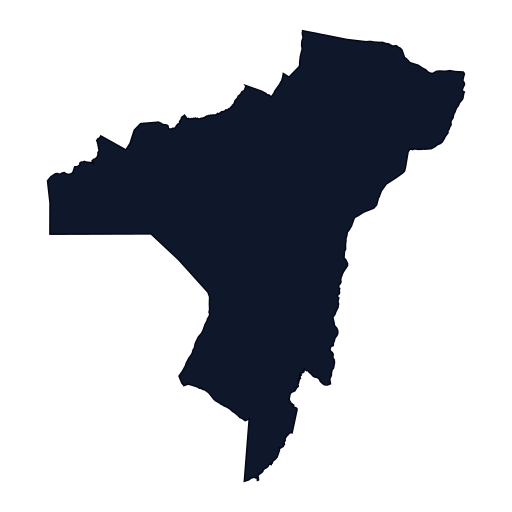 outline of Cochinoca, Jujuy, Argentina
{"feature_id": "61730980B75559747618877", "entity_name": "Cochinoca", "entity_type": "district", "adm_level": 2, "iso_a3": "ARG", "parent_name": "Argentina", "parent_adm1": "Jujuy", "projection": "albers", "projection_center": [-66.066, -23.06], "detail": "fine", "context": "isolated", "style": "filled", "palette": "ink", "viewbox_px": 512, "rotation_deg": 0, "n_neighbors": 0, "source": "geoboundaries", "source_scale": "gbopen_adm2", "svg_char_len": 5992}
<svg xmlns="http://www.w3.org/2000/svg" viewBox="0 0 512 512"><path d="M330.5,383.8L329.8,379.2L330.4,377.3L331.3,375.8L331.5,372.7L332.1,369.9L333.5,368.1L334.5,362.8L334.3,359.9L332.8,357.7L333.2,354.4L332.3,352.5L330.8,351.5L330.0,349.6L330.2,348.2L331.3,346.1L333.0,345.8L333.3,345.3L333.3,343.4L334.5,340.3L334.9,338.2L337.0,335.4L337.8,333.4L337.8,330.9L336.9,328.4L334.8,325.9L334.3,324.9L334.3,323.7L332.8,317.2L334.9,314.5L335.9,311.6L338.2,307.1L338.0,306.2L338.6,304.0L337.9,301.1L338.8,298.3L338.7,297.7L337.5,296.8L337.3,295.6L339.2,293.8L339.5,293.1L339.6,292.2L339.2,290.9L339.7,288.6L339.0,288.1L338.7,285.2L340.2,283.8L341.0,282.1L340.7,278.7L342.5,273.7L343.5,271.7L347.5,265.7L347.6,263.6L347.1,262.6L345.8,259.8L344.0,257.8L344.5,251.3L345.6,249.2L345.5,244.6L346.0,240.4L345.9,238.7L346.8,235.7L347.4,232.0L349.1,230.0L351.4,226.1L354.3,218.0L355.5,217.0L358.1,215.7L363.5,212.2L373.8,208.1L376.6,204.9L378.1,199.3L378.1,198.1L379.0,197.2L381.3,191.0L386.2,184.1L396.5,177.4L402.9,172.8L404.6,171.0L405.6,166.7L408.0,152.2L409.6,149.4L410.4,149.1L412.6,149.6L414.9,148.9L417.8,149.4L422.0,149.3L423.1,149.0L424.7,149.2L431.2,148.7L434.8,146.8L437.4,144.7L440.4,143.5L442.1,142.1L444.3,138.6L445.2,136.6L448.1,132.7L447.8,131.4L448.1,130.4L449.0,129.5L449.6,127.4L451.1,124.9L450.9,121.1L453.0,117.9L453.8,113.9L454.7,112.6L456.5,107.9L457.7,106.6L458.8,104.7L459.2,103.2L462.4,99.4L463.0,97.9L463.7,93.6L464.4,92.0L462.9,91.4L462.4,90.5L462.4,89.4L463.3,86.9L464.4,84.9L464.5,83.9L464.2,82.8L462.8,80.5L463.6,76.6L464.4,74.3L464.0,73.0L463.2,72.0L454.7,71.5L449.9,70.6L445.1,71.3L439.6,71.0L436.5,71.3L432.8,73.4L430.4,73.2L428.4,72.3L425.6,69.7L421.8,67.7L418.4,65.3L409.9,62.6L406.7,59.0L404.5,57.4L401.9,49.8L399.9,47.9L398.1,47.2L396.7,45.8L395.3,45.6L394.4,46.1L393.4,45.9L392.5,46.4L392.0,45.7L391.4,45.7L391.1,45.3L390.6,45.9L389.6,44.3L389.1,44.5L388.4,43.8L388.0,44.1L387.7,43.7L386.9,43.8L382.0,42.2L381.4,42.5L373.6,42.0L370.5,41.4L365.9,41.7L347.0,39.5L302.6,30.7L302.3,33.7L303.1,37.5L301.9,41.1L301.6,45.3L302.2,48.9L300.3,56.5L299.6,63.3L299.8,64.1L299.2,66.6L289.0,77.1L283.3,73.5L282.7,77.2L281.6,80.9L280.6,82.3L279.8,84.1L274.9,90.9L273.9,93.3L271.4,96.7L269.5,95.7L269.1,95.0L266.8,94.7L265.9,93.4L261.6,91.2L245.3,85.4L245.7,86.0L245.7,86.8L244.4,90.3L243.8,90.9L241.9,91.7L240.7,94.1L238.1,96.3L237.4,98.4L236.8,98.7L235.1,100.6L233.9,104.0L232.3,105.4L231.9,106.6L230.9,107.1L230.0,108.3L228.6,108.8L227.6,110.2L226.0,109.8L225.3,110.4L224.9,111.5L224.1,111.2L223.4,111.8L221.8,111.6L219.0,113.7L218.2,113.8L217.6,113.4L216.7,114.4L215.2,115.0L212.4,115.0L211.3,115.4L210.6,115.1L209.4,115.7L208.4,115.5L207.8,116.0L206.8,116.0L205.4,116.8L204.4,117.7L203.4,117.7L203.2,118.2L202.1,118.4L201.7,118.1L199.4,119.0L198.4,118.9L197.7,118.3L196.5,118.6L195.3,118.0L194.3,118.6L193.5,118.3L192.8,118.9L191.8,118.5L190.0,119.1L188.7,118.4L187.5,118.7L186.2,118.2L186.2,117.4L185.8,116.8L185.2,116.7L185.0,115.7L184.4,115.1L183.4,116.3L182.3,116.7L181.4,118.0L181.1,119.4L179.6,121.4L179.6,123.1L177.9,124.1L177.6,124.7L176.5,125.4L176.8,126.7L175.7,126.9L175.3,127.6L174.4,128.5L172.7,128.2L172.2,128.7L170.4,129.1L169.1,128.9L168.6,128.3L168.1,127.2L168.1,126.1L167.5,125.4L166.2,124.9L162.4,124.4L161.3,123.3L159.4,122.7L158.7,122.1L140.6,123.6L134.3,130.1L130.0,143.4L125.9,149.9L100.8,135.9L99.8,137.6L98.7,138.7L98.1,138.6L97.6,139.0L97.3,139.6L97.5,140.0L96.7,140.5L97.2,141.9L97.9,142.5L97.6,143.5L98.1,144.4L98.0,145.3L98.6,147.7L98.6,148.7L99.3,150.1L97.9,152.8L98.0,154.8L97.1,157.1L95.5,158.7L93.8,159.3L92.2,160.6L92.2,161.7L93.4,162.9L93.4,163.4L90.9,162.6L85.9,162.0L84.3,161.4L82.9,162.1L81.3,162.0L79.8,163.1L79.9,164.9L79.3,165.7L78.5,165.6L77.9,166.6L74.7,166.8L72.9,172.3L71.3,173.7L69.8,174.2L68.0,174.3L66.0,173.8L65.1,173.3L64.8,172.7L64.2,172.5L61.4,173.3L60.7,173.9L59.6,174.3L57.4,173.5L55.4,173.7L50.8,176.8L47.5,180.8L50.0,202.9L49.9,234.2L151.0,233.9L178.5,259.6L207.9,292.2L209.6,296.9L209.4,304.1L209.6,309.6L209.0,312.2L209.4,312.9L209.7,315.1L207.4,319.2L207.0,321.0L205.1,324.4L203.0,330.5L201.6,333.2L198.4,336.9L196.2,341.4L195.2,343.7L194.3,348.2L193.2,349.6L192.3,352.9L191.0,355.3L188.9,358.1L186.2,363.2L185.4,365.8L182.4,371.3L179.0,376.1L181.8,383.0L183.6,385.2L183.7,384.4L184.9,385.3L187.9,384.1L190.5,384.7L197.7,387.0L198.9,388.0L201.3,388.5L202.7,389.3L205.1,390.1L208.6,392.6L213.7,399.0L215.3,400.6L220.2,403.4L220.7,404.0L222.4,404.7L223.7,405.7L227.4,407.3L230.5,409.4L232.3,411.2L234.8,412.8L238.0,415.5L239.9,417.5L242.0,418.3L245.2,420.7L249.2,418.9L244.3,481.3L248.5,480.0L251.4,477.9L254.6,477.3L255.0,477.3L255.5,477.9L257.0,477.8L257.2,478.0L256.9,478.3L257.7,478.7L257.3,479.4L257.4,480.4L258.4,480.1L258.6,479.4L258.2,478.3L258.4,477.2L257.3,476.7L258.4,475.3L258.7,474.6L258.6,474.1L258.9,473.7L259.8,474.0L261.0,472.8L261.6,472.7L262.7,471.5L263.4,469.5L267.1,467.2L268.2,466.1L268.4,465.1L268.7,464.8L270.6,463.9L270.7,464.4L271.2,464.6L271.4,464.0L270.9,463.2L272.1,463.2L273.1,460.7L274.8,459.7L277.1,457.1L279.5,450.2L279.3,447.8L279.5,447.7L280.0,448.3L281.2,447.6L283.1,446.5L283.4,446.1L283.6,444.8L284.4,444.6L284.1,442.3L285.3,440.2L285.0,439.3L285.4,438.1L286.9,435.6L287.5,435.5L288.3,434.1L290.2,432.8L290.9,432.6L292.1,432.9L297.0,410.0L297.0,408.7L296.0,407.8L293.5,406.9L293.3,406.4L293.8,405.2L290.7,402.8L289.5,400.4L289.2,398.8L290.2,393.6L291.6,392.3L294.9,390.8L296.6,387.9L298.4,386.1L297.8,384.2L298.5,383.1L298.3,382.7L298.6,382.6L298.9,381.6L298.2,381.0L298.7,380.9L298.7,380.4L299.4,380.0L299.5,379.5L298.6,378.9L298.7,378.6L299.4,378.8L300.4,378.4L300.2,377.9L299.4,377.5L300.2,376.8L299.5,375.5L300.2,375.7L300.3,375.4L301.0,375.4L301.3,375.0L300.4,373.7L300.4,373.2L302.1,373.0L303.8,371.9L304.1,371.0L303.2,370.4L303.9,370.1L304.2,369.2L304.9,369.4L306.4,370.6L308.1,370.7L309.1,372.2L311.0,373.8L313.3,376.3L314.8,377.1L316.8,377.3L318.8,378.5L320.5,381.6L323.0,383.9L324.7,384.9L327.4,385.0L330.5,383.8Z" fill="#0f172a" stroke="#020617" stroke-width="1.5"/></svg>